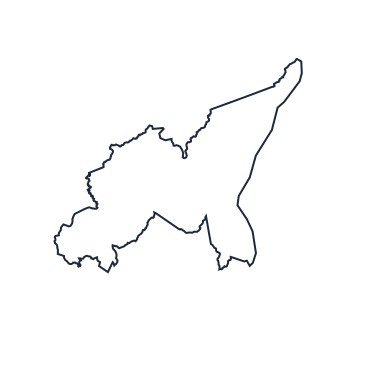 the district of Rio Branco, Acre, Brazil, rotated 160°
{"feature_id": "56859067B21668185569596", "entity_name": "Rio Branco", "entity_type": "district", "adm_level": 2, "iso_a3": "BRA", "parent_name": "Brazil", "parent_adm1": "Acre", "projection": "natural_earth1", "projection_center": [-68.243, -9.995], "detail": "fine", "context": "isolated", "style": "outline", "palette": "slate", "viewbox_px": 384, "rotation_deg": 160, "n_neighbors": 0, "source": "geoboundaries", "source_scale": "gbopen_adm2", "svg_char_len": 6123}
<svg xmlns="http://www.w3.org/2000/svg" viewBox="0 0 384 384"><g transform="rotate(160 192 192)"><path d="M81.1,263.4L114.7,263.1L145.8,263.1L146.5,262.9L147.1,260.3L147.5,259.5L149.0,258.7L149.4,257.9L150.3,258.4L150.9,258.1L151.2,257.6L151.4,257.0L151.4,255.7L151.0,254.7L151.5,253.4L152.1,252.9L154.6,252.7L155.4,251.0L156.8,250.2L157.6,248.8L158.2,248.5L158.8,248.4L161.6,248.8L163.6,247.5L164.2,247.8L164.8,247.5L165.5,246.6L166.0,246.5L166.6,246.7L167.2,246.6L167.6,244.7L168.9,243.9L169.2,243.1L169.7,242.7L170.9,243.3L171.5,243.8L172.4,243.6L173.2,243.0L174.3,243.2L175.3,242.3L175.4,241.7L175.2,241.1L175.4,240.3L175.8,239.8L177.4,239.7L178.8,240.2L180.4,239.3L180.9,238.7L181.3,237.7L181.6,234.9L181.8,234.2L182.4,234.0L183.0,233.4L183.6,233.3L184.4,232.5L184.2,230.5L184.4,228.3L184.7,227.6L185.8,226.5L187.3,226.3L187.8,226.5L188.4,227.1L188.8,227.9L188.4,228.3L188.3,229.1L186.9,231.5L187.0,232.0L186.9,234.0L187.1,236.1L187.5,237.0L187.4,238.0L187.8,239.0L188.4,239.3L189.4,240.5L190.6,241.3L192.4,241.3L193.5,241.9L193.0,243.9L193.6,245.9L193.6,247.8L193.1,248.9L199.4,249.7L203.3,253.5L202.7,258.2L197.1,261.0L197.5,262.1L207.3,264.7L206.9,267.5L209.2,269.0L210.9,267.9L211.4,267.8L211.9,267.1L212.5,266.8L213.7,266.6L214.3,266.3L214.8,264.6L215.3,263.9L217.6,263.8L218.1,264.1L218.7,263.6L220.2,263.4L220.8,263.7L221.6,263.2L222.1,263.9L222.8,263.7L223.9,262.4L225.4,262.0L225.6,261.3L226.7,261.2L228.8,262.6L230.2,261.7L232.4,261.1L232.9,261.4L233.2,261.1L234.6,260.5L235.5,260.5L236.4,261.0L237.5,261.2L238.9,261.1L239.5,260.6L240.0,259.9L240.6,259.7L242.1,260.1L242.9,259.4L243.9,259.3L244.4,259.6L244.4,260.1L247.3,262.7L248.6,262.4L249.3,262.5L249.7,262.9L250.4,262.9L250.9,263.2L251.2,263.8L252.0,263.6L253.4,262.1L253.9,262.0L254.2,260.5L253.0,259.6L252.7,259.0L252.2,257.7L252.4,256.8L252.9,256.5L253.8,255.3L255.7,254.1L255.8,253.5L256.6,252.7L256.8,251.9L258.4,250.5L259.4,250.8L261.3,250.7L263.2,249.9L263.8,250.2L264.5,250.0L265.4,249.0L265.9,248.7L265.7,248.0L266.1,247.5L266.3,246.2L266.6,245.6L282.3,245.2L282.7,244.1L281.5,244.2L282.2,242.4L282.9,242.1L283.9,242.9L286.5,241.7L286.8,241.2L286.3,240.6L285.6,240.6L284.8,239.9L284.5,239.4L284.4,238.6L284.6,237.5L285.7,237.3L286.3,236.1L287.1,235.4L286.8,234.0L287.4,234.0L287.1,232.7L286.6,232.0L285.8,232.0L285.3,231.6L285.5,230.9L289.2,229.8L289.1,229.0L288.0,229.3L287.7,228.5L288.8,227.5L289.2,226.3L288.9,225.7L288.2,226.1L287.7,225.3L287.8,223.7L288.2,223.2L288.3,222.6L287.7,222.2L287.3,222.6L286.7,222.4L286.6,221.9L286.8,221.2L287.3,220.6L287.4,220.0L286.8,219.7L286.3,219.1L287.4,217.9L287.2,217.0L286.2,216.3L286.0,215.6L285.0,215.2L285.8,214.1L285.8,213.6L285.3,213.8L284.9,213.3L285.3,212.6L285.9,212.5L286.3,212.2L286.4,211.5L286.8,211.0L286.2,209.6L286.6,209.3L287.2,209.0L287.7,209.0L289.5,209.7L290.2,210.3L291.1,210.5L293.7,212.7L295.0,212.9L299.1,212.7L309.8,211.5L312.2,209.2L312.9,208.1L313.6,207.6L314.1,205.8L315.2,203.7L317.7,201.7L319.4,201.8L323.9,205.5L327.1,203.6L328.4,201.0L331.1,199.1L332.0,196.8L335.2,197.4L336.0,196.9L336.4,196.3L336.4,194.6L336.8,193.5L337.8,193.1L338.2,192.3L338.0,191.4L338.2,190.5L337.3,189.2L337.1,188.4L337.1,187.1L337.7,185.7L337.8,183.4L339.3,179.7L334.1,175.6L334.7,174.4L334.5,172.0L334.3,171.4L333.1,169.6L332.3,167.1L331.9,166.6L331.2,166.0L330.2,165.6L328.3,165.8L327.9,166.3L327.3,166.0L326.0,165.8L325.4,164.6L324.5,164.4L324.0,163.6L323.8,163.1L324.0,161.7L324.3,161.1L324.0,160.7L323.6,160.9L322.4,160.7L322.0,161.1L321.8,161.8L322.2,163.0L322.3,163.8L322.1,164.4L321.5,165.3L321.0,165.6L319.7,165.6L319.8,166.3L320.8,167.6L320.9,168.3L319.7,167.9L319.0,167.2L317.0,166.6L315.5,167.8L314.3,167.9L313.8,168.1L312.6,168.0L311.0,166.7L310.0,166.4L309.6,165.9L309.0,164.7L309.4,164.1L307.6,162.6L306.8,163.1L303.6,163.1L304.2,160.5L304.1,159.6L302.4,157.5L304.7,154.2L298.4,145.5L290.5,153.2L290.2,152.6L290.1,151.1L290.2,149.5L288.9,150.2L287.8,150.4L286.0,151.9L285.4,153.4L286.0,155.8L284.6,158.0L284.2,160.1L284.3,162.5L284.9,163.9L285.6,166.1L285.1,168.5L284.8,169.1L283.3,167.9L282.6,167.2L281.8,167.2L281.2,166.7L280.8,166.3L280.2,164.7L279.5,164.1L274.1,164.2L273.5,164.5L273.1,164.9L270.7,165.1L269.8,166.2L268.8,165.5L268.2,165.5L266.0,166.2L262.9,166.1L261.8,165.0L259.7,166.4L259.4,167.3L258.4,168.0L257.8,168.9L256.9,169.4L253.7,170.3L252.5,171.2L252.0,171.7L251.7,172.5L251.1,173.0L249.9,172.5L248.6,173.1L248.3,173.8L247.6,173.8L245.7,175.9L245.1,176.2L244.7,176.8L244.4,178.4L243.7,178.8L242.5,180.2L241.4,180.5L239.5,181.5L238.8,181.7L237.5,181.0L236.6,181.3L236.4,182.1L235.4,183.0L234.6,184.3L234.4,185.6L232.9,184.0L216.7,161.3L216.2,160.9L215.7,161.1L215.2,161.0L214.5,160.5L213.9,159.3L212.9,158.2L211.9,156.2L211.3,155.5L207.5,154.6L206.6,154.0L205.4,153.6L203.7,154.0L200.7,152.9L199.3,153.3L197.1,154.4L196.8,154.8L196.5,155.3L196.9,156.0L196.8,156.6L196.5,157.2L193.3,158.5L192.3,159.4L191.8,160.1L191.8,160.7L191.6,161.2L189.2,161.6L188.7,162.0L188.2,163.6L187.1,164.5L192.0,136.7L190.8,135.0L190.0,131.7L189.0,131.0L188.8,130.4L189.3,129.1L189.3,127.7L188.9,127.1L188.3,126.8L188.0,126.3L187.6,126.0L187.0,125.1L186.9,124.4L187.3,123.7L188.8,121.8L191.1,120.2L191.3,119.1L191.0,118.4L191.1,116.8L191.9,114.6L191.5,113.4L191.6,112.6L192.8,109.9L191.7,110.0L190.6,109.2L189.5,109.6L189.2,110.3L188.0,110.3L186.9,111.1L186.3,110.5L185.1,110.2L184.5,110.5L182.4,112.9L182.1,113.7L181.9,114.6L180.4,115.3L179.7,115.0L179.0,115.1L178.5,115.6L178.0,116.6L178.1,117.2L177.8,117.8L166.7,108.9L164.0,108.7L163.0,102.8L159.0,104.7L152.8,112.7L148.7,133.5L148.6,134.3L148.7,136.4L149.7,147.5L153.8,164.0L149.4,172.3L132.7,186.0L119.6,204.3L95.7,223.0L82.7,242.0L74.5,245.2L52.9,259.3L48.1,266.3L44.7,277.3L47.7,280.9L48.3,281.2L50.9,279.2L51.7,279.0L52.4,279.2L53.6,278.8L54.9,278.7L55.6,278.5L56.3,278.7L58.1,277.5L58.8,277.3L59.5,276.6L60.2,276.6L60.6,276.3L61.8,276.3L62.7,275.8L62.9,275.1L62.7,274.6L63.1,272.4L63.9,271.9L65.1,270.6L66.6,269.7L67.1,268.6L68.1,269.1L68.6,268.6L70.9,268.1L71.5,266.9L72.0,267.1L73.0,265.7L74.9,266.2L76.6,265.6L77.8,265.7L78.2,265.3L78.2,263.3L79.6,263.1L81.1,263.4Z" fill="none" stroke="#1e293b" stroke-width="2"/></g></svg>